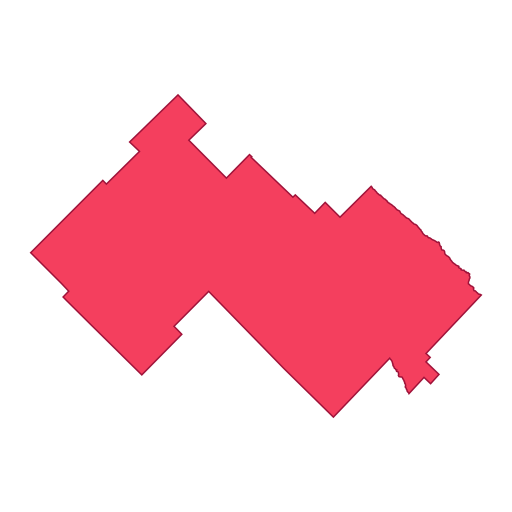 the district of Adolfo Gonzáles Chaves, Buenos Aires, Argentina
{"feature_id": "61730980B59817068959156", "entity_name": "Adolfo Gonzáles Chaves", "entity_type": "district", "adm_level": 2, "iso_a3": "ARG", "parent_name": "Argentina", "parent_adm1": "Buenos Aires", "projection": "mercator", "projection_center": [-59.838, -37.941], "detail": "fine", "context": "isolated", "style": "filled", "palette": "rose", "viewbox_px": 512, "rotation_deg": 0, "n_neighbors": 0, "source": "geoboundaries", "source_scale": "gbopen_adm2", "svg_char_len": 5992}
<svg xmlns="http://www.w3.org/2000/svg" viewBox="0 0 512 512"><path d="M409.0,393.6L424.0,377.4L430.6,383.7L439.0,374.4L426.0,361.9L430.2,357.4L426.0,353.5L481.3,295.0L481.0,294.8L480.8,294.7L480.5,294.5L480.1,294.4L479.7,294.2L479.2,294.2L478.8,294.1L478.5,294.1L478.0,293.6L477.8,293.3L477.5,292.9L477.2,292.8L476.9,292.6L476.7,292.4L476.4,292.1L476.1,291.6L475.7,291.3L475.4,291.0L475.1,290.8L474.7,290.8L474.2,290.8L474.0,290.7L473.9,290.5L473.9,290.2L473.8,289.9L473.6,289.6L473.5,289.2L473.4,288.9L473.5,288.5L473.8,288.2L473.8,287.9L473.6,287.6L473.3,287.3L472.9,286.9L472.6,286.7L472.2,286.5L471.9,286.2L471.4,286.1L471.2,286.0L470.9,285.9L470.7,285.7L470.4,285.6L470.2,285.4L470.0,285.1L469.7,284.9L469.4,284.6L469.2,284.3L468.9,284.1L468.7,284.0L468.4,283.8L468.4,283.6L468.4,283.1L468.4,282.7L468.5,282.0L468.6,281.5L468.9,280.9L469.1,280.4L469.2,279.6L469.4,278.9L469.7,278.5L469.9,277.9L469.9,277.2L469.8,276.6L469.5,276.2L469.3,275.6L469.3,275.0L469.6,274.4L469.6,273.9L469.2,273.6L468.6,273.5L468.4,273.0L468.1,272.6L467.4,272.6L467.2,272.9L466.7,272.8L466.2,272.6L466.0,272.1L466.0,271.6L465.4,271.5L464.7,271.2L464.4,270.9L464.2,270.5L463.9,270.1L463.4,270.2L463.0,270.3L462.4,270.2L462.0,270.0L461.4,269.9L461.0,269.7L461.0,269.4L461.1,269.0L460.9,268.6L460.4,268.4L459.8,268.2L459.2,268.0L458.8,267.6L458.6,267.3L458.8,266.9L458.9,266.4L458.5,266.1L457.7,265.8L456.8,265.5L456.1,265.1L455.5,264.7L455.1,264.2L454.4,263.8L453.9,263.5L453.5,263.0L453.0,262.8L452.6,262.4L452.2,261.9L451.9,261.4L451.5,260.9L451.2,260.6L450.8,260.1L450.5,259.6L450.2,259.4L450.1,258.9L449.9,258.3L449.6,257.9L449.2,257.5L448.9,257.1L448.4,256.7L447.9,256.3L447.3,256.0L446.6,255.6L446.2,255.2L445.7,254.8L445.3,254.4L445.0,253.9L444.7,253.2L444.7,252.4L444.6,251.7L444.4,251.1L444.0,250.6L443.5,250.2L442.9,250.1L442.2,250.0L441.6,249.7L441.5,249.3L441.4,248.7L441.2,248.1L441.1,247.6L441.2,246.8L440.7,246.3L440.1,245.9L440.0,245.5L439.8,245.0L439.5,244.5L439.6,243.9L439.3,243.5L439.3,243.0L439.2,242.5L438.8,242.3L438.6,242.0L438.3,242.0L437.9,242.3L437.5,242.4L436.8,242.2L436.4,241.8L435.9,241.4L435.4,241.2L435.1,240.9L434.6,240.6L433.9,240.3L433.3,240.1L433.1,239.9L432.6,239.8L431.9,239.4L431.6,239.2L431.2,238.8L430.7,238.5L430.2,238.1L429.5,237.8L429.1,237.8L428.4,237.7L428.1,237.3L428.0,237.1L427.6,236.6L427.4,236.1L427.0,235.9L426.6,235.9L426.3,235.9L425.7,235.9L425.1,235.6L424.6,235.2L424.0,234.6L423.5,234.2L423.0,233.6L422.6,233.2L422.4,232.3L421.9,231.8L421.4,231.2L421.0,230.5L421.0,230.1L420.5,229.6L419.7,229.0L419.5,228.6L419.0,228.0L418.5,227.6L418.3,227.3L418.0,226.9L417.6,226.3L417.2,225.8L416.9,225.4L416.5,225.2L416.0,224.7L415.4,224.4L414.9,224.3L414.3,224.1L413.7,223.8L413.3,223.2L412.4,222.7L412.0,222.3L411.5,221.7L411.0,221.4L410.8,221.0L410.3,220.5L409.8,220.0L409.3,219.4L408.7,218.8L408.0,218.5L407.2,218.2L406.3,217.9L406.1,217.5L405.4,217.1L405.0,216.6L404.6,216.1L403.8,215.6L403.4,215.1L402.9,214.7L402.5,214.4L401.9,214.1L401.1,213.6L400.6,213.0L400.4,212.6L400.3,212.2L399.8,211.5L399.6,211.0L399.1,210.8L398.5,210.5L398.0,210.3L397.9,210.2L397.6,210.1L397.4,210.1L397.1,209.9L396.9,209.6L396.7,209.4L396.4,209.1L396.2,208.9L395.9,208.7L395.6,208.5L395.5,208.3L395.4,208.1L395.3,207.8L394.9,207.5L394.4,207.0L394.1,206.7L393.8,206.5L393.4,206.2L392.9,205.9L392.5,205.5L392.2,205.2L391.9,205.0L391.7,204.8L391.3,204.5L390.9,204.3L390.5,204.1L390.2,204.0L389.8,203.6L389.7,203.4L389.5,203.2L389.2,203.2L388.8,203.0L388.3,202.7L388.0,202.4L387.8,202.0L387.5,201.8L387.4,201.8L387.3,201.5L387.2,201.1L387.0,200.9L386.6,200.7L386.4,200.5L386.2,200.2L385.8,199.9L385.5,199.6L385.4,199.4L385.2,199.3L384.8,199.1L384.3,198.9L383.8,198.6L383.6,198.3L383.2,198.0L382.8,197.6L382.4,197.1L382.0,196.8L381.7,196.5L381.5,196.1L381.0,195.9L380.7,195.6L380.6,195.2L380.3,195.1L380.0,195.1L379.5,195.1L379.0,194.6L378.7,194.3L378.4,194.2L378.1,193.7L377.5,193.4L377.1,193.0L376.9,192.6L376.6,192.2L376.2,191.7L375.8,191.3L375.4,191.0L375.2,190.6L374.9,190.3L374.8,190.0L374.4,189.7L374.0,189.5L373.6,189.3L373.2,189.0L372.9,188.9L372.6,188.5L372.4,188.1L372.2,187.6L372.0,187.2L371.7,186.9L371.4,186.8L371.2,186.6L371.1,186.4L340.0,217.2L325.2,202.4L314.7,213.3L295.3,194.9L292.9,197.2L251.2,157.4L251.8,156.7L249.5,154.6L226.4,178.1L188.8,140.2L205.9,123.6L178.0,94.9L129.6,142.0L139.5,151.4L106.4,184.1L102.8,180.4L30.7,252.7L61.4,283.4L66.6,288.9L68.7,291.2L63.1,297.0L66.6,300.6L91.4,325.2L141.8,374.9L181.8,334.3L174.0,326.3L208.7,291.4L283.9,368.5L333.4,417.1L389.7,358.2L389.9,358.6L390.2,359.0L390.5,359.3L390.9,359.6L391.2,360.1L391.5,360.5L391.8,360.9L392.0,361.4L392.2,361.9L392.3,362.1L392.4,362.6L392.4,362.9L392.5,363.1L392.7,363.5L392.8,363.8L392.8,364.1L393.0,364.5L392.9,364.9L392.9,365.2L393.2,365.7L393.3,366.1L393.7,366.4L393.9,366.8L394.0,367.2L394.2,367.9L394.6,368.4L395.0,368.6L395.4,368.8L395.6,369.2L395.7,369.6L396.0,369.8L396.3,369.8L396.6,369.9L396.4,370.2L396.5,370.5L396.4,370.7L396.5,371.1L396.6,371.4L396.9,371.4L397.2,371.3L397.4,371.4L397.6,371.6L397.9,371.8L398.1,372.1L398.3,372.2L398.3,372.6L398.4,373.0L398.5,373.5L398.7,373.9L398.7,374.3L398.5,374.7L398.4,375.1L398.4,375.5L398.6,375.8L398.7,376.2L399.0,376.6L399.3,376.7L399.7,376.8L400.1,376.9L400.5,376.9L400.9,376.9L401.2,377.0L401.6,377.0L402.0,377.1L402.2,377.4L402.5,377.7L402.6,378.2L402.7,378.5L403.1,378.9L403.2,379.4L403.3,379.6L403.6,379.9L403.8,380.3L404.0,380.6L404.1,381.0L404.1,381.3L404.2,381.5L404.3,381.7L404.5,381.8L404.5,382.1L404.6,382.3L404.7,382.5L404.7,382.9L404.7,383.1L404.9,383.3L404.9,383.5L405.0,383.7L405.2,383.8L405.4,384.1L405.4,384.4L405.5,384.8L405.5,385.2L405.6,385.7L405.7,386.0L405.5,386.3L405.3,386.5L405.3,386.9L405.3,387.2L405.6,387.5L405.9,387.8L406.0,388.1L406.3,388.5L406.3,388.8L406.4,389.1L406.5,389.4L406.9,389.8L407.0,390.1L407.0,390.4L407.0,390.7L407.1,391.1L407.4,391.4L407.5,391.6L407.8,392.0L408.1,392.3L408.4,392.5L408.6,392.8L408.9,393.3L409.0,393.6L409.0,393.6Z" fill="#f43f5e" stroke="#9f1239" stroke-width="1.5"/></svg>